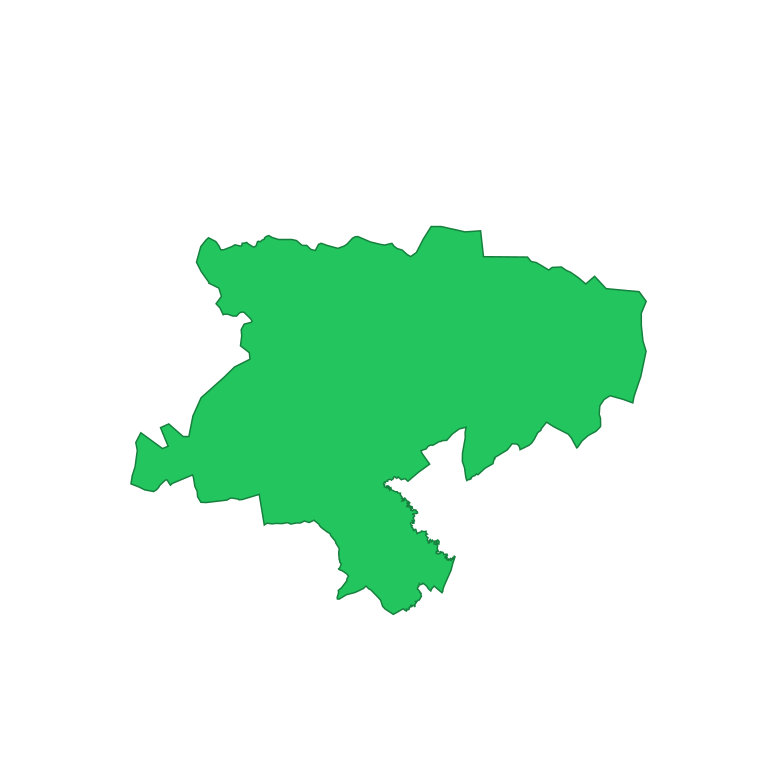 Sabon Gari, Kaduna, Nigeria (Mercator projection), rotated 152°
{"feature_id": "59680162B7149387462115", "entity_name": "Sabon Gari", "entity_type": "district", "adm_level": 2, "iso_a3": "NGA", "parent_name": "Nigeria", "parent_adm1": "Kaduna", "projection": "mercator", "projection_center": [7.722, 11.165], "detail": "fine", "context": "isolated", "style": "filled", "palette": "green", "viewbox_px": 768, "rotation_deg": 152, "n_neighbors": 0, "source": "geoboundaries", "source_scale": "gbopen_adm2", "svg_char_len": 6171}
<svg xmlns="http://www.w3.org/2000/svg" viewBox="0 0 768 768"><g transform="rotate(152 384 384)"><path d="M173.2,250.5L169.1,255.6L153.6,270.2L137.2,289.9L135.2,300.3L129.4,314.7L123.6,325.7L113.7,333.8L115.4,345.7L143.1,363.9L147.5,380.2L158.9,377.6L162.7,387.1L166.8,395.0L169.8,398.9L172.4,404.0L180.8,408.0L185.0,407.3L192.5,419.7L196.6,423.1L197.7,428.7L236.4,449.7L226.8,473.9L241.1,480.3L259.5,496.1L268.4,500.9L281.0,493.7L293.7,484.9L300.6,484.0L302.8,487.5L305.0,493.7L308.8,497.4L310.4,500.8L311.0,504.5L318.3,506.4L322.0,509.3L329.3,515.8L337.9,526.5L340.5,527.5L343.4,527.5L350.9,524.9L354.1,524.5L361.0,525.4L368.8,532.7L373.5,537.8L376.3,538.0L382.0,534.1L385.4,537.2L387.2,542.7L391.2,544.8L393.9,551.7L397.6,554.9L409.3,561.1L413.8,565.7L416.1,569.2L418.5,569.5L420.9,569.1L421.8,568.0L424.0,568.3L426.5,567.7L427.7,568.9L428.8,569.1L432.1,566.0L434.9,566.0L438.1,571.4L438.8,573.5L441.8,574.1L443.1,574.9L444.4,573.2L445.6,572.8L450.3,576.9L453.4,576.7L462.7,577.8L465.2,579.3L464.9,583.3L465.6,588.7L470.3,595.5L473.8,594.6L481.3,591.3L492.4,579.6L492.6,569.0L490.8,555.2L491.2,555.1L484.8,546.2L486.4,537.7L494.6,533.7L493.1,528.2L493.5,520.7L491.7,520.4L489.1,518.9L485.5,514.9L482.2,513.2L478.9,514.4L477.1,514.6L474.6,513.7L473.8,512.7L471.1,504.1L471.0,501.5L472.3,500.8L479.4,502.5L484.6,499.0L487.0,493.3L492.8,485.1L488.2,474.9L490.7,468.8L508.0,469.2L521.9,465.1L552.0,457.7L567.7,445.5L581.0,429.2L586.0,431.9L592.8,449.8L601.8,450.4L603.8,430.4L609.9,431.0L621.6,455.1L630.6,448.9L633.0,441.2L642.7,427.7L649.3,421.3L654.3,414.6L648.8,408.2L645.0,402.9L637.9,397.2L634.5,397.4L631.5,398.5L629.8,399.7L622.2,401.8L620.6,401.2L620.1,394.9L617.5,395.6L595.8,393.6L596.0,391.4L599.1,382.2L599.3,377.1L601.5,371.9L601.2,365.5L596.6,362.8L577.1,355.2L573.5,355.4L571.8,354.7L566.5,350.6L566.5,349.9L563.6,348.6L546.0,345.1L555.9,315.7L552.5,316.0L548.6,313.1L545.0,311.7L539.4,308.5L535.1,307.2L533.8,306.4L532.1,304.1L526.3,302.3L523.0,300.5L518.6,300.4L515.1,296.8L509.8,296.6L507.3,290.8L507.4,289.3L506.8,286.8L503.5,279.8L501.9,277.3L502.2,275.1L500.7,267.9L501.2,266.2L500.8,260.3L501.2,259.0L503.3,256.2L506.0,249.9L505.7,249.7L506.7,247.2L506.2,245.2L509.1,242.6L510.9,242.1L510.8,241.3L508.5,238.6L506.1,233.9L505.5,231.1L508.1,229.5L509.4,227.6L517.0,224.1L521.2,223.2L522.3,220.8L525.5,217.6L526.1,216.1L524.5,215.1L516.2,215.6L507.8,213.6L504.0,213.3L498.0,213.1L495.5,214.0L494.7,213.9L493.5,210.1L492.3,208.5L489.1,197.4L488.5,194.5L489.6,188.4L488.7,184.9L483.9,176.2L472.4,176.5L471.8,174.5L470.8,173.0L470.2,173.3L469.8,174.6L468.6,173.4L467.4,173.4L466.7,174.8L465.3,174.8L464.3,176.1L463.7,175.7L463.9,174.5L462.4,174.9L461.3,174.2L461.5,173.2L461.1,173.1L460.1,174.9L457.8,176.1L458.1,177.1L456.7,176.6L455.4,177.0L454.3,176.7L450.7,178.9L450.0,181.5L449.5,181.8L450.2,183.1L449.8,183.4L449.9,184.6L450.7,187.4L449.7,188.5L448.1,189.2L448.3,189.7L446.8,190.2L446.5,190.9L446.1,189.7L443.5,189.4L443.2,189.8L442.4,188.4L441.3,185.8L440.9,182.2L439.9,179.3L438.0,180.8L434.6,182.0L430.8,172.5L429.5,173.3L427.9,175.5L425.6,177.6L412.1,188.2L407.4,193.4L402.4,198.1L402.8,198.9L403.5,198.1L404.5,198.5L405.0,198.2L405.1,197.0L405.8,196.9L407.1,198.8L407.6,198.7L407.8,196.9L408.7,198.1L409.6,198.2L409.5,198.9L408.7,199.4L410.8,199.0L410.6,200.2L409.5,201.5L410.3,202.2L411.1,201.0L411.6,201.7L411.3,202.7L409.7,203.2L408.4,203.1L408.3,204.3L411.1,205.2L411.0,207.6L411.5,208.2L413.0,208.4L412.6,209.1L412.9,209.5L413.5,209.3L413.6,208.3L414.2,208.1L416.1,208.6L417.4,210.0L416.4,211.6L416.0,211.7L415.4,211.5L415.5,210.7L414.6,210.3L414.4,213.7L412.6,215.9L412.7,217.5L411.5,217.6L410.7,216.9L409.3,219.1L409.6,220.7L409.8,221.1L410.5,221.0L411.6,220.1L411.8,219.0L412.7,219.5L413.0,218.4L413.7,218.2L414.8,219.1L414.8,219.7L412.5,221.3L413.8,221.7L414.6,222.5L414.6,223.2L416.0,222.5L416.0,224.9L417.3,224.7L418.0,222.7L418.9,222.4L419.5,222.9L418.8,223.8L419.2,226.0L417.3,227.6L417.9,228.7L418.1,231.2L417.6,231.6L416.3,231.2L416.8,232.9L416.0,234.2L418.1,234.9L419.9,236.6L421.1,236.0L423.5,236.5L424.8,236.2L425.1,236.5L424.2,240.6L424.8,241.1L426.3,240.5L426.8,240.8L426.2,242.9L426.9,245.1L425.6,245.6L426.2,247.6L425.8,248.8L423.7,248.7L424.0,247.6L423.0,247.0L422.6,247.6L423.0,250.0L422.0,249.4L422.3,248.7L421.4,248.8L421.1,252.2L419.1,253.0L418.8,253.7L418.9,254.3L419.9,255.3L419.7,255.6L417.7,255.3L416.2,254.4L414.9,254.4L414.6,255.6L415.2,256.4L415.0,257.7L416.9,259.0L417.3,258.6L418.3,258.7L419.6,259.9L418.7,262.1L418.2,261.8L417.9,260.7L417.3,260.7L416.8,262.6L418.6,264.0L419.8,263.6L421.4,265.2L420.2,265.9L419.2,265.5L418.8,264.5L418.3,265.0L419.5,267.1L419.7,267.7L419.2,268.2L418.2,267.9L418.3,267.0L417.9,266.7L417.0,267.0L417.7,269.0L418.6,269.9L419.2,273.6L420.5,273.6L421.1,272.4L420.7,272.1L420.9,271.7L421.6,271.6L422.1,272.4L422.9,272.4L421.9,273.2L421.5,274.3L422.0,274.7L421.2,275.5L421.6,278.5L420.7,279.8L422.8,281.2L422.8,282.5L424.6,283.6L427.2,287.1L426.6,289.3L427.5,289.3L428.8,287.8L429.0,290.1L427.8,290.6L427.6,291.2L428.6,292.4L429.6,292.7L430.0,292.4L429.6,291.4L430.4,291.1L432.0,293.3L430.8,294.5L431.4,295.8L430.2,296.8L429.4,296.3L429.4,297.0L426.7,296.9L426.4,296.5L425.8,297.5L423.2,297.0L422.6,295.6L420.0,296.1L419.6,297.0L418.5,297.3L417.8,296.7L417.0,294.7L415.1,295.3L413.7,291.4L409.9,290.6L408.5,286.9L395.0,289.9L381.3,291.8L383.0,304.9L382.6,307.8L377.3,306.9L374.4,308.3L371.6,308.2L369.5,307.0L362.2,307.2L361.0,306.6L358.8,306.5L355.1,304.8L347.1,307.8L338.5,309.0L331.9,307.3L335.2,303.0L337.5,298.4L347.3,285.9L351.2,278.8L352.2,272.4L355.6,263.1L356.2,259.9L353.8,260.0L353.6,259.6L352.0,259.4L351.2,259.7L351.2,260.3L348.8,260.9L347.0,260.4L344.7,261.2L344.3,260.4L343.5,259.8L334.4,262.2L325.2,262.5L322.1,265.9L321.1,265.9L321.1,267.1L306.1,267.9L298.8,271.1L295.1,268.7L294.1,267.1L294.0,264.5L294.7,262.1L284.7,261.8L281.2,262.6L277.2,264.7L271.1,268.9L267.4,269.4L266.0,270.7L258.4,274.0L254.2,266.6L244.8,253.1L243.9,248.1L243.8,237.1L242.8,237.2L235.8,240.8L227.6,242.7L219.2,242.7L213.9,244.3L212.5,245.1L208.9,252.2L208.2,256.2L203.6,263.5L196.9,267.0L189.9,267.5L180.1,258.2L173.2,250.5Z" fill="#22c55e" stroke="#15803d" stroke-width="1.5"/></g></svg>